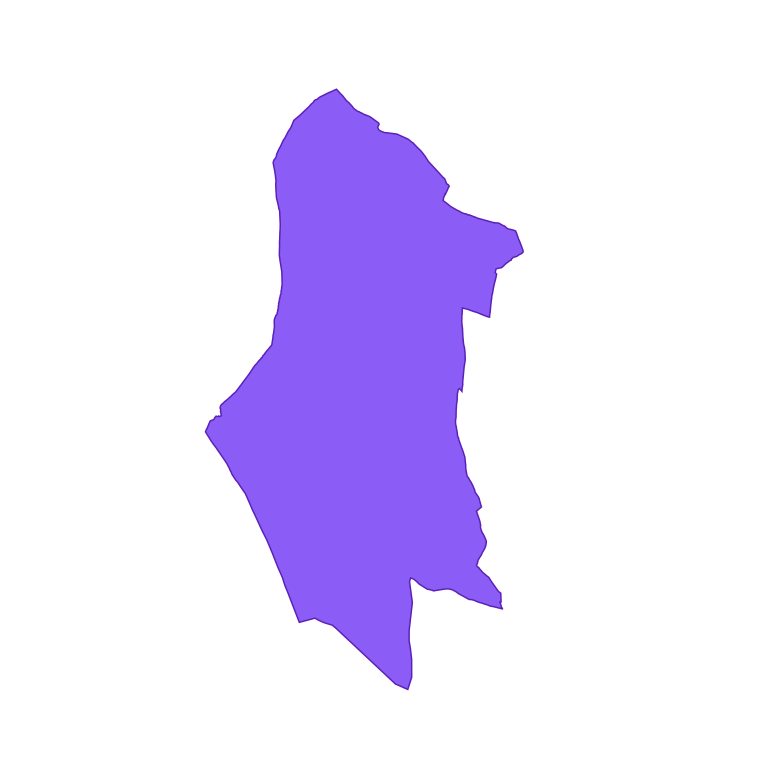 Gjerstad nor, Aust-Agder, Norway (Equal Earth projection), rotated 246°
{"feature_id": "86288312B47450701300036", "entity_name": "Gjerstad nor", "entity_type": "district", "adm_level": 2, "iso_a3": "NOR", "parent_name": "Norway", "parent_adm1": "Aust-Agder", "projection": "equal_earth", "projection_center": [8.999, 58.878], "detail": "fine", "context": "isolated", "style": "filled", "palette": "violet", "viewbox_px": 768, "rotation_deg": 246, "n_neighbors": 0, "source": "geoboundaries", "source_scale": "gbopen_adm2", "svg_char_len": 6134}
<svg xmlns="http://www.w3.org/2000/svg" viewBox="0 0 768 768"><g transform="rotate(246 384 384)"><path d="M672.6,460.5L672.6,457.8L672.5,453.4L672.7,452.6L672.6,451.9L672.6,449.5L672.4,447.0L672.3,443.4L672.2,442.0L671.9,440.3L671.5,439.7L671.3,438.4L671.5,436.8L671.3,435.8L670.0,433.8L669.2,431.1L667.9,428.3L663.4,415.6L662.8,413.3L661.5,408.8L659.0,406.3L655.6,402.5L654.9,401.2L653.9,399.6L652.3,397.5L651.1,396.2L650.3,395.0L649.1,393.6L648.5,392.7L648.2,392.0L647.7,391.3L647.5,390.9L646.7,390.2L645.7,388.9L644.3,387.4L642.9,385.8L642.3,384.8L640.7,382.9L640.1,382.1L639.4,381.4L637.7,379.5L636.6,378.8L634.8,377.3L634.6,377.0L633.6,374.9L631.9,373.1L630.1,372.4L623.4,370.9L619.7,369.9L613.6,368.0L610.4,366.3L604.9,364.1L597.9,361.5L591.3,360.3L590.0,360.0L589.1,359.9L587.9,359.4L584.4,359.0L572.4,354.3L567.7,352.1L565.1,350.7L557.5,347.0L555.4,345.9L554.1,345.4L551.0,344.0L548.0,342.5L543.8,340.6L538.2,339.0L528.1,336.3L516.0,331.3L514.9,330.4L512.0,328.8L510.9,327.9L510.2,327.6L510.0,327.4L508.6,326.8L508.3,326.6L507.3,325.4L506.0,324.6L504.6,323.4L503.5,322.8L502.3,321.8L501.4,321.5L501.2,321.1L500.5,320.5L499.2,319.9L498.1,319.2L497.7,318.9L496.8,318.6L496.3,318.2L495.6,317.8L495.2,317.3L493.5,316.3L492.7,315.5L492.2,315.2L491.3,314.8L490.6,313.1L488.1,310.6L487.1,309.8L484.3,308.5L481.1,307.3L476.0,304.2L473.0,302.1L471.8,301.6L470.8,300.9L465.5,297.5L464.9,296.7L464.3,295.3L462.5,291.9L462.3,291.0L461.8,290.3L460.9,288.4L460.3,287.7L460.3,287.2L459.8,286.9L459.2,285.2L458.9,284.6L458.0,283.8L457.8,283.2L457.8,282.6L456.9,281.4L456.3,279.5L454.3,275.8L453.8,274.3L452.4,271.7L449.2,266.8L447.2,263.5L442.4,254.8L440.9,252.3L440.7,251.7L440.0,250.6L437.1,245.3L436.0,241.6L435.0,239.0L434.7,238.0L433.4,234.0L432.6,230.8L431.9,229.4L431.8,228.8L431.3,227.0L430.8,226.4L430.6,226.0L429.6,225.0L429.1,224.8L428.6,224.4L427.8,224.6L427.5,224.6L425.3,223.4L424.0,223.2L422.9,223.0L422.0,222.6L421.4,222.6L421.2,222.2L421.0,221.5L421.3,220.9L421.2,220.7L421.6,220.3L421.9,220.0L422.0,219.9L421.9,219.7L421.6,219.5L421.9,218.9L422.9,217.5L422.9,217.3L422.6,217.1L422.5,216.5L421.9,215.4L421.3,214.9L420.7,213.7L420.9,212.3L420.8,211.8L420.9,211.5L421.0,210.3L419.7,208.8L415.6,204.5L414.9,203.5L413.0,201.5L411.7,201.6L406.1,202.4L402.2,202.9L398.0,203.7L394.5,204.6L391.7,205.1L378.2,207.6L375.0,208.1L369.6,208.4L368.0,208.3L365.6,208.5L363.2,208.4L356.4,209.5L354.1,210.3L346.9,211.5L340.1,212.8L326.5,212.7L322.6,212.6L316.9,212.8L299.5,213.0L289.3,213.5L275.2,213.2L259.2,212.5L248.8,212.5L240.0,211.5L234.7,211.4L224.6,210.9L200.7,209.7L198.2,225.6L194.4,228.5L193.0,229.8L191.0,231.5L188.2,234.6L184.9,238.5L180.8,240.6L105.3,272.4L95.3,281.5L104.8,290.0L121.1,297.2L130.8,300.3L139.2,302.5L148.6,306.7L172.8,321.0L192.9,326.9L196.0,329.3L193.8,331.7L192.5,332.4L189.0,334.0L187.0,334.7L179.2,339.9L175.9,344.3L174.9,345.0L172.3,354.9L172.2,355.1L171.7,357.1L170.2,360.3L168.0,362.9L164.9,365.3L162.0,366.9L152.7,374.0L152.0,375.1L151.7,375.9L150.0,378.1L147.8,380.1L145.3,382.7L144.4,383.9L141.6,386.9L140.0,388.8L138.3,390.3L135.5,394.2L130.4,400.7L130.5,400.8L130.9,400.9L132.3,400.5L133.4,400.8L134.5,400.8L134.8,401.0L137.1,401.1L137.6,401.2L137.8,401.5L137.3,402.3L145.4,405.6L147.9,404.2L159.1,401.9L162.9,401.3L164.5,401.2L167.2,399.7L172.5,397.2L174.1,396.9L175.3,396.4L177.6,395.9L179.2,395.0L180.4,394.7L180.9,395.0L181.6,395.6L181.7,395.9L183.6,397.5L184.2,397.8L184.8,398.3L186.9,401.3L188.3,403.5L189.9,405.1L192.0,408.1L193.6,410.0L195.5,411.7L197.3,412.8L198.9,413.6L202.9,413.7L206.2,413.6L207.0,413.4L208.8,413.3L211.0,413.4L213.1,413.6L214.4,414.1L215.6,414.8L219.5,415.7L223.1,416.1L230.2,416.7L232.0,423.0L236.4,423.6L241.5,424.4L243.5,424.1L248.2,423.2L250.1,423.7L255.5,423.8L258.8,423.6L261.2,423.2L263.9,423.0L265.4,422.6L266.2,422.5L270.1,423.4L274.5,424.6L275.0,424.9L276.8,425.7L281.1,427.0L284.2,428.1L291.5,428.9L294.1,429.0L302.7,429.7L304.7,430.2L306.3,430.0L309.7,431.1L314.6,432.3L315.7,432.7L317.7,433.0L320.4,433.9L323.2,435.5L323.7,435.9L325.0,436.6L330.4,439.1L335.7,441.9L339.4,444.2L345.1,447.0L348.7,449.6L349.1,451.1L345.6,452.2L348.1,453.5L351.2,455.6L353.6,456.6L367.3,464.3L371.2,466.9L373.2,468.1L378.8,470.4L382.0,471.5L384.2,472.2L387.5,472.8L388.9,473.2L395.7,475.5L397.9,476.4L400.9,477.5L401.6,477.9L407.4,479.7L410.3,480.8L412.2,481.8L414.9,483.0L415.7,483.6L421.5,486.5L418.5,490.5L413.5,495.7L411.6,498.0L408.6,500.8L406.1,503.2L403.7,505.6L402.1,507.6L404.9,509.1L406.1,510.0L414.5,514.7L419.3,517.7L420.5,518.2L422.8,520.1L425.9,522.1L430.1,525.1L435.2,529.2L438.6,531.6L440.6,530.9L442.8,532.6L443.5,533.0L443.6,533.5L443.3,535.1L442.5,538.7L442.9,540.3L444.4,544.2L445.1,547.7L445.4,548.5L445.5,549.6L445.5,550.7L446.3,551.3L447.0,553.2L447.0,554.8L446.7,556.1L446.6,557.0L446.8,558.5L447.0,559.2L447.2,560.8L447.2,562.3L447.3,563.1L447.9,564.6L448.1,564.9L449.5,565.3L451.9,565.5L458.4,565.9L462.3,565.9L463.7,566.1L465.8,566.2L468.1,566.5L470.4,566.4L472.1,564.6L473.8,562.5L474.5,561.3L475.5,560.3L476.4,559.6L477.8,559.0L479.2,558.5L480.4,557.2L484.3,554.3L485.4,552.3L486.0,551.1L486.5,550.6L486.3,550.4L495.8,538.9L496.6,538.1L496.6,537.5L497.7,536.7L504.0,530.5L504.1,529.6L505.4,528.9L507.3,526.3L509.0,524.6L511.3,523.1L513.1,521.4L519.2,517.0L521.7,515.8L527.5,512.6L528.3,513.2L529.9,514.2L531.0,515.4L532.2,516.9L532.4,517.4L532.9,517.2L533.2,517.7L533.1,517.9L533.7,518.9L534.1,519.2L535.0,520.4L537.0,522.4L537.8,523.7L538.8,524.1L540.6,523.4L541.2,522.7L541.8,522.6L542.6,522.8L546.9,522.9L548.7,522.0L560.7,518.0L567.6,515.6L569.2,515.1L575.9,514.1L576.5,513.8L577.4,513.7L582.1,512.5L586.2,510.8L591.4,508.9L592.0,508.9L592.4,508.5L594.5,507.3L597.9,505.6L607.1,497.4L612.0,489.4L613.5,486.7L616.3,483.9L617.5,483.1L618.4,482.6L620.7,482.6L622.0,483.5L622.5,484.1L623.0,485.0L624.2,485.3L625.3,484.9L634.0,479.8L636.9,477.0L637.6,476.4L638.0,475.7L640.1,474.2L641.9,472.6L642.7,472.1L643.2,471.6L643.7,471.0L644.2,470.5L645.7,469.8L646.1,469.5L647.6,468.7L648.7,468.2L650.2,468.0L655.1,466.4L658.0,465.0L664.3,463.4L666.1,462.7L667.0,462.2L667.7,462.1L672.6,460.5Z" fill="#8b5cf6" stroke="#5b21b6" stroke-width="1.5"/></g></svg>